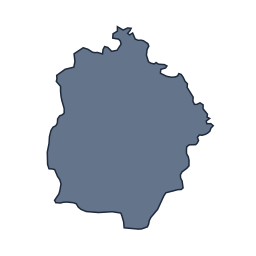 Cascalho Rico, Minas Gerais, Brazil (Robinson projection), rotated 352°
{"feature_id": "56859067B3095618205564", "entity_name": "Cascalho Rico", "entity_type": "district", "adm_level": 2, "iso_a3": "BRA", "parent_name": "Brazil", "parent_adm1": "Minas Gerais", "projection": "robinson", "projection_center": [-47.868, -18.565], "detail": "medium", "context": "isolated", "style": "filled", "palette": "slate", "viewbox_px": 256, "rotation_deg": 352, "n_neighbors": 0, "source": "geoboundaries", "source_scale": "gbopen_adm2", "svg_char_len": 1861}
<svg xmlns="http://www.w3.org/2000/svg" viewBox="0 0 256 256"><g transform="rotate(352 128 128)"><path d="M110.3,226.3L124.4,229.6L127.6,229.8L133.4,228.6L134.9,226.3L136.2,222.6L138.2,219.7L146.0,212.7L154.1,200.1L156.5,197.4L168.8,196.0L172.1,196.3L174.2,195.0L174.2,188.2L173.1,184.7L173.4,181.6L175.4,179.0L180.6,176.1L183.1,174.0L183.9,168.6L183.7,165.1L182.4,161.5L182.8,158.0L183.6,154.7L186.3,153.2L192.7,153.9L194.6,152.4L196.1,150.2L195.4,146.9L197.7,144.8L200.3,145.5L203.4,145.1L206.1,144.2L208.7,142.5L210.0,139.8L212.7,137.6L210.6,135.2L206.6,134.7L206.5,131.9L210.2,129.9L207.8,128.2L208.6,125.4L205.0,119.4L205.6,115.5L202.8,113.1L199.5,114.2L197.1,113.9L196.0,110.5L196.8,106.5L192.2,96.0L193.0,92.5L191.0,89.7L189.6,85.3L188.1,82.4L185.9,81.2L184.4,83.4L181.7,84.0L178.1,83.8L173.5,82.2L167.7,78.3L168.6,74.5L173.5,73.8L175.2,72.0L172.9,70.3L167.0,69.0L164.9,67.1L162.9,68.2L159.6,67.0L157.5,65.2L156.4,58.4L157.8,52.9L160.0,49.8L159.4,47.2L155.4,43.7L153.0,42.8L150.3,42.6L147.5,40.9L145.8,34.6L142.5,36.0L140.8,34.2L143.5,31.9L145.0,29.7L141.6,28.9L136.8,30.3L131.6,26.2L131.0,30.6L126.3,32.6L125.4,36.9L131.0,38.7L132.5,40.7L132.8,44.0L128.0,49.5L122.5,49.8L119.2,45.4L116.2,44.1L114.2,46.8L113.1,51.1L108.1,48.9L105.9,48.8L103.4,48.0L99.2,44.4L94.8,42.3L84.9,47.0L84.7,54.8L82.8,60.2L73.9,61.1L64.7,66.0L64.5,69.2L63.5,71.9L67.0,77.4L66.3,82.4L66.1,87.3L66.3,91.3L67.5,99.8L66.9,104.3L64.8,105.8L62.1,106.4L59.6,109.1L58.7,113.3L56.9,115.7L53.8,116.8L51.4,119.7L49.0,125.6L47.7,132.1L44.7,140.7L43.3,152.9L44.1,157.4L47.3,158.0L49.6,159.0L51.5,166.1L53.3,169.9L53.9,174.0L51.8,180.6L50.3,183.8L45.2,189.4L46.1,191.9L50.8,192.9L53.8,192.5L57.6,192.9L63.5,194.4L66.2,195.8L67.8,199.5L70.2,202.1L75.0,204.9L87.0,207.6L100.7,208.7L109.0,211.2L109.8,214.4L110.6,220.3L110.3,226.3Z" fill="#64748b" stroke="#1e293b" stroke-width="1.5"/></g></svg>